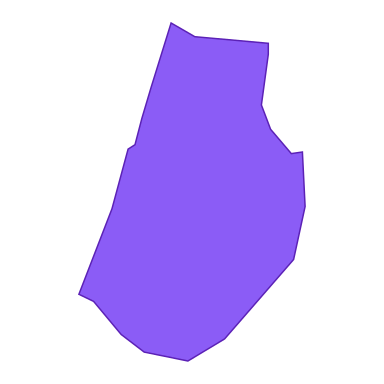 outline of Gwangjin-gu, Seoul, South Korea
{"feature_id": "91817680B49246193334347", "entity_name": "Gwangjin-gu", "entity_type": "district", "adm_level": 2, "iso_a3": "KOR", "parent_name": "South Korea", "parent_adm1": "Seoul", "projection": "robinson", "projection_center": [127.088, 37.539], "detail": "fine", "context": "isolated", "style": "filled", "palette": "violet", "viewbox_px": 384, "rotation_deg": 0, "n_neighbors": 0, "source": "geoboundaries", "source_scale": "gbopen_adm2", "svg_char_len": 399}
<svg xmlns="http://www.w3.org/2000/svg" viewBox="0 0 384 384"><path d="M268.3,43.3L194.8,36.7L171.8,23.4L171.1,23.0L151.1,87.4L141.9,118.3L135.0,144.7L128.1,149.1L112.0,208.7L78.9,294.3L93.6,301.4L121.2,334.5L144.2,352.1L187.9,361.0L224.6,338.9L293.6,259.5L305.1,206.5L302.4,152.0L291.3,153.6L270.6,129.3L261.4,105.0L268.3,54.3L268.3,43.3Z" fill="#8b5cf6" stroke="#5b21b6" stroke-width="1.5"/></svg>